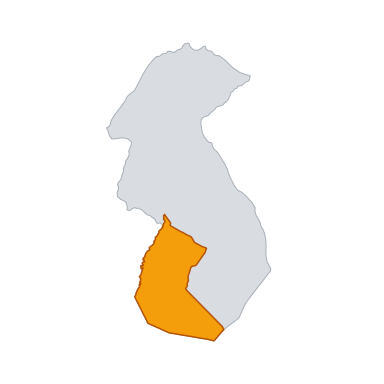 location of Alto Paraguay within Paraguay, rotated 205°
{"feature_id": "PRY-597", "entity_name": "Alto Paraguay", "entity_type": "Department", "adm_level": 1, "iso_a3": "PRY", "parent_name": "Paraguay", "parent_adm1": "", "projection": "equal_earth", "projection_center": [-58.696, -20.855], "detail": "fine", "context": "in_parent", "style": "filled", "palette": "amber", "viewbox_px": 384, "rotation_deg": 205, "n_neighbors": 0, "source": "natural_earth", "source_scale": "10m", "svg_char_len": 6272}
<svg xmlns="http://www.w3.org/2000/svg" viewBox="0 0 384 384"><g transform="rotate(205 192 192)"><path d="M199.6,84.0L200.1,86.5L200.5,88.4L201.3,89.7L202.1,91.5L203.0,92.5L203.5,94.2L203.4,96.0L203.7,98.5L204.1,100.6L204.5,101.2L205.7,101.7L206.3,103.7L205.9,104.6L206.0,105.7L206.5,106.8L206.1,107.9L206.3,108.7L207.1,109.4L207.8,112.1L207.9,116.6L207.1,119.1L206.4,121.1L206.2,122.3L206.7,124.1L205.9,126.2L204.9,128.7L205.1,130.5L205.3,132.2L205.4,134.0L205.6,135.6L205.3,137.4L204.9,139.0L204.8,140.7L205.2,142.7L204.4,144.6L204.0,145.9L203.9,147.3L204.6,149.4L206.5,150.3L208.0,150.5L209.4,149.4L210.5,149.0L212.4,150.0L214.3,151.8L216.6,152.0L218.6,152.4L220.2,152.9L222.5,152.3L224.9,152.9L227.7,153.9L230.0,154.8L232.3,154.6L234.1,154.5L235.9,153.5L237.6,153.6L238.9,151.8L239.7,150.3L240.4,149.1L242.3,148.3L243.6,148.8L244.6,151.7L246.5,153.4L247.3,154.6L248.7,155.1L251.7,155.2L253.6,155.1L255.8,156.0L257.2,156.0L258.4,157.6L259.5,159.4L259.7,162.9L260.7,165.5L262.1,166.5L262.8,168.2L262.6,170.5L261.9,172.8L262.0,175.4L262.7,177.7L262.7,180.0L263.1,182.3L264.1,184.3L264.4,187.5L264.2,189.8L264.9,191.1L265.1,193.0L264.7,194.6L264.5,196.6L264.6,198.5L265.0,200.1L266.5,202.0L266.9,205.6L266.9,208.0L267.5,210.8L268.7,212.2L270.7,212.6L273.0,213.0L275.8,212.4L278.2,211.6L279.6,210.8L282.4,208.8L284.8,207.5L286.0,206.8L287.2,206.2L289.5,207.5L291.7,209.2L293.4,211.5L296.6,214.0L296.0,214.6L294.7,216.7L294.7,219.1L295.5,222.6L294.6,230.0L292.0,241.2L290.9,247.8L291.4,249.6L290.4,252.9L286.9,259.9L286.7,264.7L286.2,278.8L284.9,288.8L282.9,296.2L281.2,300.1L279.6,300.6L278.5,301.8L277.8,303.6L276.5,305.2L274.6,306.4L273.6,307.8L273.5,309.3L271.7,310.2L268.3,310.6L266.3,311.8L265.7,313.8L264.5,315.3L262.9,316.4L262.0,318.3L262.1,321.0L261.1,323.2L259.1,325.1L257.3,325.2L255.6,323.4L253.3,322.2L250.5,321.6L248.1,322.1L246.2,323.5L244.5,325.9L243.0,329.1L241.4,329.7L239.6,327.5L237.3,326.8L234.6,327.7L232.4,327.4L230.8,326.0L228.3,325.8L224.9,326.9L218.1,325.6L207.8,321.9L199.0,320.5L188.3,321.8L187.4,317.9L188.0,315.8L189.8,314.3L190.8,312.5L191.3,310.5L192.5,309.0L194.4,307.9L195.3,306.8L195.0,305.8L195.4,304.8L196.5,304.0L197.2,302.7L197.3,300.9L197.8,300.0L198.5,299.4L198.6,298.1L198.2,294.3L198.2,291.2L198.8,288.8L199.4,287.3L199.9,286.9L200.3,286.1L200.5,284.6L201.2,283.2L204.7,280.4L205.9,278.9L206.1,277.5L206.6,275.6L208.6,271.5L209.3,269.6L209.3,268.7L210.0,267.7L212.5,265.4L213.9,263.3L214.1,261.3L213.5,259.0L212.1,256.5L207.7,250.1L204.3,247.3L199.9,244.9L197.1,244.1L195.7,244.9L194.3,244.3L192.9,242.1L190.5,240.4L185.4,238.6L174.0,231.1L169.4,227.5L167.8,225.3L163.5,221.3L156.4,215.6L151.0,212.8L147.3,212.9L141.2,211.2L132.9,207.7L128.1,204.3L126.8,201.0L123.7,197.7L118.8,194.4L116.3,192.2L116.1,191.2L114.6,189.8L111.9,188.1L108.9,185.2L105.7,181.1L102.2,174.8L98.4,166.2L94.4,160.4L90.2,157.4L88.0,155.4L88.0,154.5L87.4,153.5L87.9,151.9L89.4,145.3L91.6,135.8L93.8,126.0L96.4,114.4L96.3,106.1L96.3,97.4L100.1,90.3L102.8,85.2L105.2,80.3L107.5,72.0L109.1,66.5L115.3,65.2L125.7,62.3L130.9,60.8L141.9,57.8L153.1,54.7L164.8,54.5L176.2,54.3L185.0,61.2L191.7,66.5L199.1,72.3L199.6,73.6L200.1,78.4L199.6,84.0Z" fill="#d9dde1" stroke="#a8b0b8" stroke-width="1"/><path d="M199.6,84.0L199.6,84.6L199.8,84.7L200.0,84.7L200.3,85.0L200.6,85.3L200.6,85.7L199.7,86.1L199.5,86.7L199.7,87.3L200.2,87.7L200.3,87.7L200.6,87.3L200.8,87.3L201.0,87.4L201.2,87.6L201.3,88.0L201.1,88.9L201.1,89.7L201.3,90.6L201.5,91.1L201.9,91.7L202.4,92.3L203.0,92.6L203.5,92.8L203.9,93.1L203.8,93.7L203.4,94.6L203.3,95.3L203.4,96.2L203.5,97.0L203.7,97.8L203.8,98.2L203.7,98.9L203.8,99.4L204.1,100.0L204.2,100.4L204.2,100.8L204.0,101.4L204.1,101.8L204.2,102.2L204.5,102.4L204.9,101.2L205.2,101.0L205.6,101.0L206.0,101.3L206.1,101.6L206.2,102.1L206.3,102.3L206.5,102.5L206.9,102.8L207.1,103.1L207.1,103.4L206.9,103.7L206.7,103.8L206.1,104.0L205.9,104.1L205.6,104.5L205.2,104.9L205.1,105.2L205.2,105.4L205.9,105.5L206.4,105.6L206.8,106.0L207.1,106.5L207.1,107.1L206.9,107.4L205.9,108.2L205.6,108.6L205.7,109.0L205.9,109.1L206.0,109.2L206.1,109.3L206.8,109.9L207.4,110.7L207.6,110.7L207.7,110.1L208.1,110.6L208.2,111.3L207.9,112.1L207.3,113.4L207.3,113.9L207.7,114.9L207.8,116.4L207.7,118.0L207.4,119.4L206.8,120.5L206.1,121.1L205.9,121.4L205.9,121.8L206.0,122.1L206.3,122.4L206.5,122.8L206.9,122.9L207.2,123.3L207.0,124.1L205.3,127.4L204.9,128.5L204.8,129.2L204.8,130.0L205.0,130.6L205.5,130.8L205.7,131.1L205.5,131.8L205.2,132.5L205.0,133.1L205.2,133.7L205.4,134.3L205.7,134.8L206.0,135.0L206.1,135.3L205.0,137.5L205.1,138.2L205.1,138.8L205.1,139.4L204.8,140.1L204.6,140.7L204.8,141.2L205.2,141.8L205.4,142.5L205.3,142.9L204.7,144.3L204.4,144.6L204.4,144.9L203.8,146.9L203.8,147.4L203.8,147.9L203.8,148.2L204.2,148.4L204.0,148.7L204.1,150.1L204.3,150.7L204.1,152.8L204.1,153.6L204.3,154.3L204.6,154.7L205.0,154.9L205.6,154.9L206.1,155.1L206.3,155.4L206.5,156.5L207.7,158.3L207.8,158.7L207.3,159.3L207.2,159.5L207.2,159.9L198.6,155.1L198.3,154.8L198.1,154.5L197.9,152.9L197.6,152.6L196.9,152.3L185.2,151.3L183.9,151.5L178.6,151.0L174.7,151.1L174.3,151.1L173.7,150.9L172.8,150.4L170.0,148.5L168.7,147.6L168.0,147.3L159.0,146.8L157.6,147.1L155.3,147.2L155.1,147.1L155.0,146.7L155.0,145.7L154.6,142.6L154.6,142.3L154.6,141.9L155.0,140.5L157.2,127.9L157.3,127.6L157.5,127.3L157.8,126.8L158.2,126.4L160.7,124.5L160.9,124.4L160.9,124.2L161.0,124.1L161.0,123.9L161.1,123.7L161.1,123.4L161.1,123.1L160.0,114.5L159.8,113.7L159.7,113.4L158.3,111.1L157.8,109.9L157.7,109.7L157.7,109.4L157.8,108.5L157.8,108.2L157.8,107.9L157.6,107.1L157.5,106.7L157.2,106.0L156.7,105.2L156.5,104.8L156.5,104.6L157.0,102.0L156.4,101.4L154.6,100.4L107.7,82.9L105.3,81.0L105.0,80.7L105.1,80.2L105.5,79.4L105.8,78.5L106.5,76.0L107.2,73.5L107.8,71.0L108.5,68.6L109.0,66.9L109.2,66.5L109.6,66.3L111.8,65.9L112.4,65.8L113.6,65.5L114.7,65.3L115.3,65.2L123.8,62.8L132.3,60.5L140.8,58.1L149.3,55.8L153.1,54.7L155.2,54.7L159.9,54.6L164.7,54.6L169.4,54.5L174.2,54.4L176.2,54.4L176.7,54.5L177.5,55.2L178.2,55.9L179.5,56.9L181.8,58.7L184.2,60.6L186.5,62.4L188.8,64.3L191.2,66.1L193.5,68.0L195.9,69.8L198.2,71.7L199.2,72.4L199.5,72.8L199.6,73.3L199.5,74.4L199.5,75.5L200.0,77.4L200.0,78.5L200.0,79.2L200.0,80.7L200.0,81.4L199.6,83.2L199.6,84.0Z" fill="#f59e0b" stroke="#b45309" stroke-width="1.5"/></g></svg>